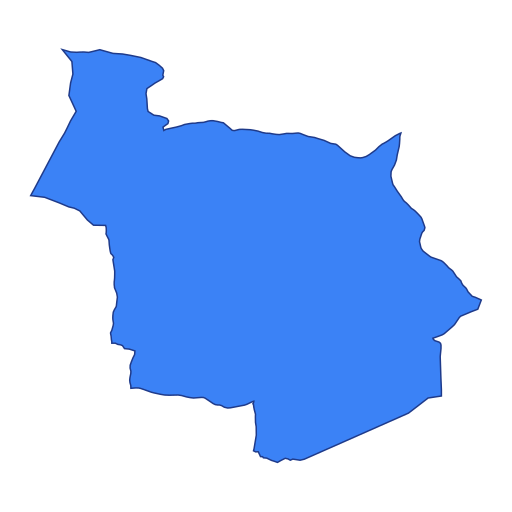 outline of Ohimini, Benue, Nigeria
{"feature_id": "59680162B2835516393243", "entity_name": "Ohimini", "entity_type": "district", "adm_level": 2, "iso_a3": "NGA", "parent_name": "Nigeria", "parent_adm1": "Benue", "projection": "orthographic", "projection_center": [7.932, 7.257], "detail": "fine", "context": "isolated", "style": "filled", "palette": "blue", "viewbox_px": 512, "rotation_deg": 0, "n_neighbors": 0, "source": "geoboundaries", "source_scale": "gbopen_adm2", "svg_char_len": 4192}
<svg xmlns="http://www.w3.org/2000/svg" viewBox="0 0 512 512"><path d="M74.3,208.2L79.8,210.9L87.4,220.0L93.5,225.2L105.6,225.4L106.2,227.6L106.3,230.6L106.2,232.8L106.0,233.9L107.2,236.4L108.7,239.3L109.0,240.4L109.3,244.8L109.7,247.8L110.2,251.0L110.7,253.1L111.0,253.7L112.2,254.8L112.8,255.6L113.8,257.3L113.5,257.9L113.3,258.8L112.9,259.6L113.3,262.3L114.2,267.8L114.5,269.8L114.7,271.1L114.7,274.2L114.6,278.0L114.4,280.3L114.2,281.9L114.2,284.8L114.4,286.3L114.5,287.7L116.7,293.1L117.4,297.1L116.7,302.8L116.4,305.6L116.2,306.6L114.4,309.7L113.3,312.1L112.9,315.4L112.8,317.8L112.9,319.6L113.5,323.3L113.2,325.4L112.3,328.6L111.8,330.4L110.6,332.7L110.6,333.6L111.1,336.1L111.4,339.5L111.8,341.7L111.8,343.2L115.4,343.2L117.8,344.4L120.5,344.8L122.5,345.6L124.5,348.6L129.3,349.1L134.9,350.9L134.8,352.6L134.6,354.6L132.9,358.0L131.3,362.0L130.2,365.2L130.1,368.1L130.9,371.2L130.8,373.5L130.0,377.4L129.7,380.1L130.0,382.7L130.8,385.5L130.9,388.3L135.9,387.9L138.7,388.0L140.5,388.4L143.2,389.3L151.3,392.2L154.0,392.9L160.5,394.3L164.6,395.0L169.3,395.2L178.1,395.0L181.5,395.5L186.5,396.9L190.1,397.6L193.5,398.0L201.5,397.4L203.5,397.5L205.0,398.1L208.8,400.6L213.2,403.6L215.3,404.6L217.8,405.0L219.6,405.0L221.6,405.6L224.3,407.2L227.7,408.0L230.4,407.8L235.2,406.9L240.4,405.9L244.6,405.1L246.9,404.3L252.1,401.8L253.8,401.2L253.8,401.8L253.7,402.2L253.4,403.0L252.9,403.8L253.4,404.1L253.6,405.5L253.8,407.1L254.3,409.7L255.5,414.2L255.4,416.8L255.5,422.4L256.2,426.7L256.3,435.2L254.0,449.0L253.5,450.8L255.7,451.9L258.2,451.7L259.7,454.8L260.5,456.6L262.6,456.7L263.4,457.8L266.7,458.1L269.6,459.5L271.5,460.4L273.8,461.1L277.5,462.4L281.2,460.3L285.2,458.3L288.0,458.9L290.3,460.2L292.8,459.1L300.1,460.2L304.3,459.2L408.5,413.1L417.5,406.2L428.1,398.0L441.4,396.0L441.4,389.8L440.9,378.1L440.2,356.6L441.0,348.4L441.0,345.1L440.5,343.3L439.1,342.1L434.9,340.7L433.4,339.4L432.9,338.2L438.6,336.2L442.3,334.8L444.3,333.6L452.4,326.6L454.5,324.6L459.3,317.5L460.6,316.2L471.0,311.8L477.8,309.2L481.3,300.0L475.3,297.3L472.2,296.3L468.0,291.8L466.7,289.2L465.8,287.9L463.0,285.3L461.7,283.2L460.8,280.8L458.7,278.7L456.5,276.8L454.9,274.3L452.8,271.1L451.5,269.9L450.0,268.8L448.6,267.7L446.8,265.6L444.9,263.7L443.5,262.3L442.2,261.3L441.0,260.6L436.1,258.9L431.2,257.2L429.9,256.4L425.1,252.7L423.1,251.1L421.7,249.2L420.9,247.7L420.1,244.2L419.5,241.7L419.8,239.2L421.8,233.2L422.6,231.9L424.1,230.4L424.9,227.7L424.6,226.5L421.9,218.9L421.0,217.2L419.4,215.4L417.5,213.4L415.2,211.1L413.6,209.8L411.4,208.4L408.3,204.9L406.4,203.0L404.3,201.3L403.0,199.7L401.3,196.8L397.4,191.4L394.5,186.8L393.0,184.7L392.5,183.0L391.8,180.1L390.9,176.2L391.1,171.7L392.0,169.5L394.5,165.1L396.4,160.0L397.2,155.0L399.2,146.4L399.5,143.6L399.8,139.0L399.8,137.2L400.0,135.8L400.8,133.4L400.9,133.0L399.6,133.5L395.3,135.7L388.2,140.7L386.3,141.9L383.3,143.6L382.3,144.0L378.9,146.7L376.5,149.1L375.5,150.1L369.0,154.8L366.1,156.5L362.6,157.6L360.4,157.9L357.7,157.7L354.4,157.3L350.2,155.8L344.8,151.9L337.4,145.2L335.8,144.2L330.7,143.4L324.1,140.4L318.0,138.6L314.6,137.5L308.2,136.5L303.4,134.7L300.2,133.4L298.3,133.0L296.6,133.1L292.3,133.5L286.6,133.4L283.9,133.9L279.3,134.6L276.3,134.4L272.2,133.8L269.8,133.3L266.0,133.2L262.3,132.5L258.0,131.1L253.5,130.2L250.1,129.7L242.2,129.3L239.3,129.4L234.6,130.6L233.0,130.5L232.0,130.2L230.3,128.6L224.0,123.3L223.4,122.8L221.1,122.4L217.6,121.5L213.1,120.7L210.8,120.7L208.0,121.1L205.7,121.8L203.3,122.4L200.9,122.5L197.9,122.7L195.2,123.2L192.6,123.2L190.0,123.5L184.5,124.5L181.4,125.7L176.2,127.1L170.2,128.4L165.8,129.4L163.8,130.5L163.0,127.1L165.2,125.5L167.9,123.6L168.6,121.0L166.9,118.5L159.5,115.9L153.9,115.2L148.1,111.5L147.4,108.6L146.8,98.9L146.0,93.6L146.9,88.6L155.1,83.0L162.6,78.7L163.6,76.7L162.8,75.2L163.7,70.7L162.5,68.2L159.1,65.2L155.6,62.6L151.9,61.4L140.9,57.5L130.7,55.4L122.5,54.0L113.0,53.4L99.8,49.7L94.1,51.1L88.7,52.4L83.7,52.0L79.8,52.1L76.7,52.3L70.7,52.0L62.3,49.6L71.9,61.5L72.9,74.1L70.6,82.9L68.9,95.5L76.2,111.3L70.5,121.0L67.1,128.1L64.6,133.1L59.2,141.9L34.5,188.6L32.9,191.5L30.7,195.6L44.7,197.3L59.3,202.9L68.8,206.9L74.3,208.2Z" fill="#3b82f6" stroke="#1e3a8a" stroke-width="1.5"/></svg>